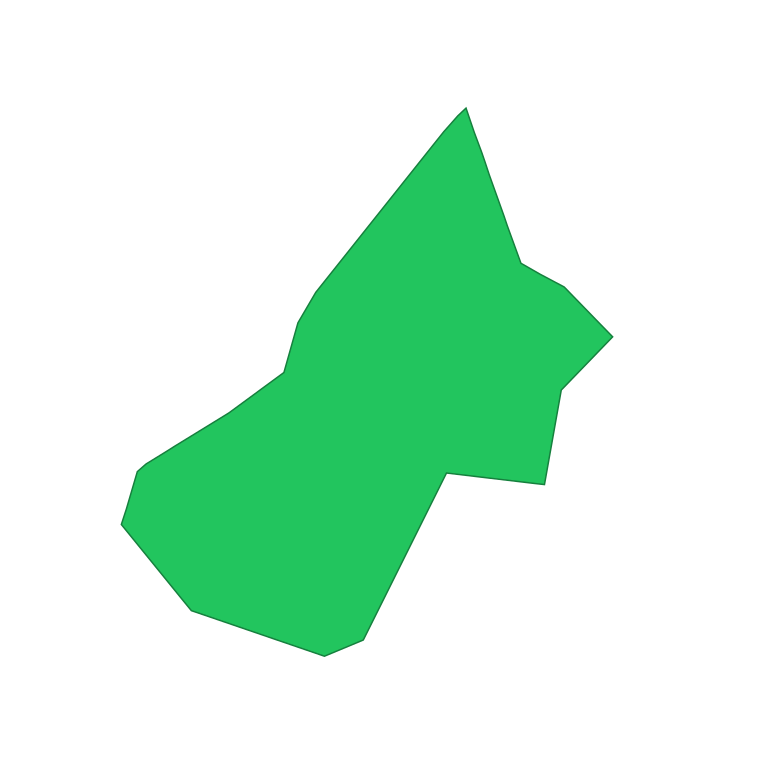 Serra Caiada, Rio Grande do Norte, Brazil (Robinson projection), rotated 294°
{"feature_id": "56859067B6635652118249", "entity_name": "Serra Caiada", "entity_type": "district", "adm_level": 2, "iso_a3": "BRA", "parent_name": "Brazil", "parent_adm1": "Rio Grande do Norte", "projection": "robinson", "projection_center": [-35.697, -6.109], "detail": "fine", "context": "isolated", "style": "filled", "palette": "green", "viewbox_px": 768, "rotation_deg": 294, "n_neighbors": 0, "source": "geoboundaries", "source_scale": "gbopen_adm2", "svg_char_len": 614}
<svg xmlns="http://www.w3.org/2000/svg" viewBox="0 0 768 768"><g transform="rotate(294 384 384)"><path d="M669.4,346.7L659.1,342.4L638.8,336.0L623.1,331.9L440.0,284.4L404.9,280.5L353.8,287.9L294.4,254.0L242.2,218.2L233.8,212.6L214.2,199.2L203.7,194.3L165.0,199.5L148.8,201.2L105.9,285.7L98.6,300.2L111.1,440.3L141.7,469.2L187.3,471.2L328.1,477.3L340.0,515.7L354.5,562.4L357.4,571.5L450.6,548.4L498.6,565.9L520.1,573.7L529.3,550.6L545.9,509.2L547.8,481.7L550.0,460.0L578.8,432.2L586.5,425.1L618.0,395.0L628.0,385.9L635.3,379.1L650.6,364.1L669.4,346.7Z" fill="#22c55e" stroke="#15803d" stroke-width="1.5"/></g></svg>